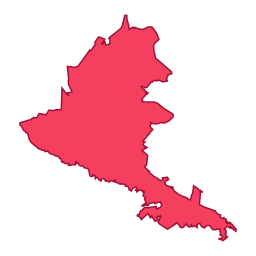 Socoltenango, Chiapas, Mexico
{"feature_id": "50627088B25618251914079", "entity_name": "Socoltenango", "entity_type": "district", "adm_level": 2, "iso_a3": "MEX", "parent_name": "Mexico", "parent_adm1": "Chiapas", "projection": "albers", "projection_center": [-92.326, 16.102], "detail": "fine", "context": "isolated", "style": "filled", "palette": "rose", "viewbox_px": 256, "rotation_deg": 0, "n_neighbors": 0, "source": "geoboundaries", "source_scale": "gbopen_adm2", "svg_char_len": 5934}
<svg xmlns="http://www.w3.org/2000/svg" viewBox="0 0 256 256"><path d="M220.6,214.9L218.0,214.1L215.6,211.8L215.4,210.9L203.8,206.9L201.3,205.4L199.4,204.8L200.5,192.0L202.2,192.1L202.2,191.6L201.1,191.2L200.2,190.2L199.5,190.7L198.1,188.8L193.6,185.7L192.6,193.8L191.7,194.5L190.6,199.9L187.4,198.7L186.9,198.0L184.6,196.8L183.6,196.8L178.0,194.1L176.0,192.2L174.8,191.7L173.0,189.0L172.8,187.3L172.2,187.6L172.1,188.1L171.4,188.0L171.2,187.4L171.5,186.8L171.2,186.6L170.2,187.0L169.7,186.4L168.4,186.3L167.5,185.6L167.2,185.8L166.3,185.4L165.0,184.0L165.3,183.8L164.3,182.5L166.2,180.9L168.6,179.6L167.5,177.2L162.4,177.9L162.9,179.8L160.9,180.7L158.8,179.4L158.9,179.8L158.5,179.7L158.4,179.2L157.0,178.0L154.2,176.6L150.0,173.2L149.5,171.9L149.4,172.3L146.9,169.0L144.9,167.4L144.7,166.5L146.6,165.0L147.6,155.3L142.0,150.3L147.0,147.5L145.2,146.3L144.8,146.9L144.1,145.6L142.6,144.6L144.9,141.9L143.7,141.9L143.0,141.1L148.2,134.8L149.2,134.0L149.1,133.7L151.0,131.5L150.8,131.2L151.1,130.8L152.8,129.9L151.8,128.3L150.7,127.7L149.9,125.9L151.2,123.8L151.0,122.6L153.3,123.7L154.9,124.0L158.7,123.5L160.2,122.7L162.2,122.6L164.4,123.1L169.4,120.6L173.0,117.0L173.3,115.5L172.8,114.0L163.1,107.9L157.8,103.5L154.0,102.0L143.3,102.0L142.2,101.7L142.7,100.3L141.7,99.4L146.2,94.4L145.6,94.3L147.0,93.0L147.4,92.9L146.9,93.6L147.3,93.9L148.0,93.1L147.7,92.9L146.8,92.8L146.5,91.7L145.6,91.8L144.0,89.9L145.3,89.6L143.5,89.4L140.6,86.1L141.6,86.8L142.2,86.4L145.0,87.6L146.3,87.6L147.6,86.7L148.6,85.0L149.7,84.3L150.5,82.3L152.0,82.2L154.8,80.2L156.9,81.0L157.2,80.5L158.3,80.2L160.5,80.7L163.1,82.0L164.1,81.5L166.9,81.3L167.4,80.9L166.8,80.1L167.0,76.8L168.0,75.8L168.2,74.7L171.1,74.1L171.9,73.4L171.3,71.6L155.7,58.2L154.0,51.3L153.5,46.9L153.8,45.2L154.5,43.5L159.0,39.4L156.8,33.8L154.0,29.6L151.9,27.0L149.3,26.9L147.4,27.3L143.8,29.2L141.4,29.4L135.6,28.0L135.6,27.5L134.2,28.3L133.7,27.4L132.8,27.1L129.3,29.4L128.6,25.0L126.9,19.0L126.8,15.4L124.8,15.4L122.2,26.0L120.9,28.4L109.7,37.3L108.8,38.5L110.0,39.1L109.8,44.1L105.6,44.9L104.9,41.8L102.4,44.3L101.8,44.1L104.8,39.2L98.6,36.9L94.8,42.4L95.7,43.5L90.8,50.9L89.8,50.0L78.0,66.3L73.7,67.5L70.9,66.5L69.7,67.1L68.9,66.9L68.1,66.3L67.3,66.5L68.7,78.9L68.3,80.5L68.6,84.7L71.4,90.4L71.8,92.1L67.1,92.9L68.3,94.9L67.1,94.6L62.0,88.0L61.3,109.6L56.2,109.7L53.2,110.6L49.0,110.1L46.1,114.7L39.1,113.5L36.8,117.7L34.5,117.9L33.7,117.4L33.6,117.9L32.2,118.3L31.3,119.4L20.0,122.8L19.9,124.9L21.7,126.4L23.4,130.1L25.7,131.8L26.0,132.8L27.2,132.9L27.8,133.8L29.2,138.4L29.0,138.9L31.1,142.4L38.8,148.9L39.7,148.7L40.3,149.5L41.9,150.0L43.9,150.4L44.5,150.0L44.9,151.6L47.8,151.2L50.2,153.8L53.2,154.5L56.2,156.2L56.8,155.9L58.4,156.6L59.3,157.3L59.5,158.4L61.2,159.0L61.5,159.9L61.4,161.4L61.6,161.7L62.2,161.6L63.0,162.7L63.7,162.1L65.2,163.6L68.5,163.5L68.4,165.2L69.3,165.0L69.8,165.5L72.1,164.7L75.5,164.8L75.6,162.4L75.8,161.8L76.2,161.7L76.5,161.8L76.6,163.5L78.4,163.0L78.9,164.7L80.0,165.8L82.6,166.1L83.6,166.7L84.1,167.7L86.7,168.2L88.2,168.9L89.2,171.4L89.5,174.4L90.4,176.4L92.7,176.3L93.1,176.0L92.9,174.9L93.7,174.7L95.2,176.2L95.8,177.3L95.1,177.5L95.4,178.7L96.4,177.2L96.7,177.2L98.1,178.3L98.7,179.5L99.1,179.9L100.1,179.8L100.4,180.9L100.8,181.1L101.9,179.1L102.8,178.6L104.3,178.9L105.0,179.5L105.1,180.6L105.8,181.3L107.5,180.8L109.0,181.7L109.5,181.2L109.0,181.8L109.7,181.7L110.6,180.8L111.6,180.7L112.7,181.0L113.3,181.6L114.3,180.2L115.0,180.0L115.4,180.3L114.8,181.5L115.4,182.3L117.5,182.7L119.0,183.8L121.0,184.2L121.8,183.4L122.9,184.2L125.2,184.5L125.6,185.5L125.4,186.3L126.8,186.1L128.2,186.9L129.1,189.0L129.1,190.0L130.1,190.0L131.3,191.1L132.3,188.9L133.7,187.7L134.6,187.7L135.4,187.0L136.0,187.1L137.5,188.9L136.7,189.7L137.1,190.1L136.8,190.4L136.2,189.6L135.4,190.0L136.4,191.0L137.2,191.2L136.5,192.5L137.9,190.9L140.0,190.1L141.4,190.6L141.5,190.3L142.4,190.5L142.8,191.9L143.7,191.1L144.2,192.1L143.0,195.8L145.7,197.7L144.5,199.1L146.0,202.7L142.0,205.7L143.0,206.2L146.7,204.4L147.0,205.4L148.3,205.4L149.4,203.3L150.0,203.0L150.5,203.3L153.7,202.5L153.7,203.3L154.0,202.5L154.6,202.7L155.1,203.7L159.1,201.9L159.8,202.2L160.5,201.9L160.8,203.5L162.0,204.7L160.4,207.2L156.8,209.1L156.1,206.4L148.8,207.6L144.9,207.4L143.3,208.6L142.5,210.0L140.5,210.8L139.0,214.9L138.3,215.0L137.8,214.6L137.2,215.8L140.0,217.2L141.3,219.6L147.9,213.6L150.4,217.8L151.0,217.3L150.6,216.8L151.3,216.1L151.7,216.5L151.9,216.2L152.2,216.6L152.0,216.9L155.1,221.3L158.3,220.0L156.6,216.9L157.1,216.4L158.5,216.2L158.8,217.0L160.5,215.7L160.9,216.3L158.1,222.2L159.4,223.9L167.5,229.2L175.2,224.2L175.0,223.9L176.5,222.9L179.1,224.9L180.1,227.0L181.6,227.7L183.2,227.3L186.5,223.9L187.5,226.0L188.6,226.8L189.3,227.0L190.2,226.7L191.0,225.8L191.3,224.3L191.8,226.5L192.8,226.7L193.3,225.9L194.3,225.9L196.3,226.7L197.1,227.6L197.3,227.1L196.8,226.6L197.2,225.4L197.0,224.7L197.7,224.6L198.3,223.5L199.9,223.7L201.7,226.7L204.4,227.9L205.2,227.4L206.4,225.7L209.4,225.6L210.6,226.3L211.1,227.6L213.0,229.8L213.8,229.5L215.8,229.8L217.0,229.2L218.6,229.1L220.0,229.5L219.7,230.7L220.6,232.6L220.1,234.7L220.4,235.2L222.0,235.5L222.4,236.7L222.2,237.8L220.6,238.5L219.1,238.6L218.9,239.0L222.4,240.0L222.6,240.6L223.4,240.4L224.8,239.0L224.9,238.5L225.5,238.8L227.4,236.9L226.6,236.6L226.0,236.9L226.3,236.0L225.8,234.6L225.9,234.2L225.2,233.6L225.9,233.3L226.3,232.1L225.4,230.1L225.7,230.0L225.4,229.3L224.4,228.9L227.2,226.3L229.5,227.7L229.7,227.0L230.4,228.1L230.8,228.2L231.0,227.4L231.5,228.2L232.7,228.7L233.9,229.9L235.0,229.9L235.6,231.3L236.1,230.9L235.7,230.4L236.1,229.0L234.8,228.3L234.5,227.0L233.4,226.5L232.4,224.5L231.8,224.6L230.2,222.6L229.5,222.3L229.4,223.3L228.8,223.5L228.3,223.4L228.2,222.9L226.9,223.4L226.1,222.0L226.4,221.6L227.3,222.1L227.0,221.1L225.8,220.9L226.1,219.6L225.7,219.0L225.1,218.7L223.9,219.0L223.9,217.7L222.8,218.3L220.6,217.6L220.3,217.0L220.6,214.9Z" fill="#f43f5e" stroke="#9f1239" stroke-width="1.5"/></svg>